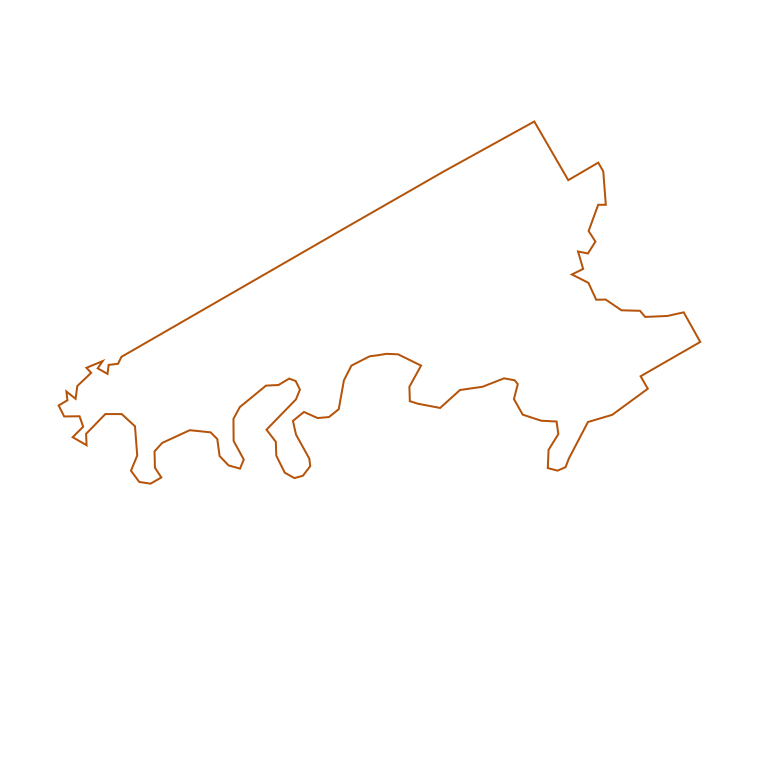 outline of Catahoula, Louisiana, United States of America, rotated 60°
{"feature_id": "52423323B45931526647810", "entity_name": "Catahoula", "entity_type": "district", "adm_level": 2, "iso_a3": "USA", "parent_name": "United States of America", "parent_adm1": "Louisiana", "projection": "albers", "projection_center": [-91.808, 31.597], "detail": "fine", "context": "isolated", "style": "outline", "palette": "amber", "viewbox_px": 768, "rotation_deg": 60, "n_neighbors": 0, "source": "geoboundaries", "source_scale": "gbopen_adm2", "svg_char_len": 1553}
<svg xmlns="http://www.w3.org/2000/svg" viewBox="0 0 768 768"><g transform="rotate(60 384 384)"><path d="M231.8,122.6L229.8,226.1L229.4,347.4L229.4,369.0L229.2,597.8L233.5,604.2L229.8,612.9L237.0,618.4L227.3,624.1L223.5,616.2L221.2,633.6L227.9,632.0L232.4,650.6L242.6,658.5L231.7,662.8L239.8,666.3L239.9,676.5L252.2,677.2L259.7,663.8L270.6,665.9L274.4,680.2L288.3,672.2L278.2,666.9L270.7,640.3L278.9,626.2L296.1,620.8L322.6,633.5L332.6,646.5L346.5,644.9L353.6,636.0L353.6,623.6L341.9,624.2L327.6,616.4L324.1,605.5L326.9,575.3L339.2,558.3L348.3,555.9L364.2,562.4L376.8,559.3L385.3,551.0L379.3,543.2L358.1,542.7L338.9,531.8L331.9,520.4L326.4,487.0L332.1,475.9L331.9,463.4L337.3,459.0L346.8,459.6L353.3,467.9L364.8,508.6L380.0,506.6L392.2,513.1L411.2,514.3L420.7,508.6L422.9,500.1L418.3,489.0L411.3,486.0L383.8,485.5L370.4,481.3L368.2,467.3L380.3,458.5L385.1,448.2L383.2,435.8L360.8,416.9L351.8,403.0L352.8,382.9L353.2,381.6L355.5,376.3L359.1,366.8L365.3,357.0L386.6,342.7L399.1,363.4L411.8,370.2L418.2,364.3L432.8,347.4L427.2,321.2L435.7,299.9L439.1,277.2L446.1,269.0L451.0,268.2L462.0,279.0L479.9,279.2L494.4,266.2L502.8,253.3L514.6,258.1L523.3,274.4L538.7,284.2L545.8,277.0L546.8,268.3L541.0,261.2L518.9,226.4L524.8,201.8L520.0,157.9L505.6,157.9L505.7,89.1L471.8,88.6L466.7,104.7L456.5,124.3L448.6,125.7L438.9,141.5L421.7,149.8L417.1,158.1L398.6,156.4L383.1,166.5L383.9,154.0L366.3,149.7L372.9,142.1L366.4,129.7L353.8,130.3L335.9,108.9L339.7,102.3L309.5,87.8L299.4,87.8L299.6,122.5L231.8,122.6Z" fill="none" stroke="#b45309" stroke-width="2"/></g></svg>